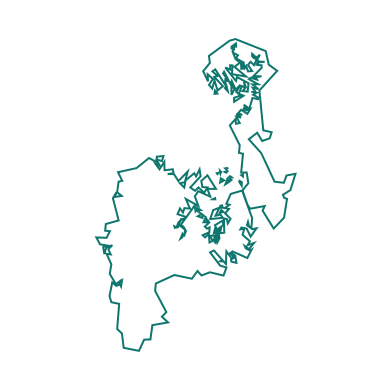 Colón, Colón, Panama, rotated 154°
{"feature_id": "35544464B72276923440034", "entity_name": "Colón", "entity_type": "district", "adm_level": 2, "iso_a3": "PAN", "parent_name": "Panama", "parent_adm1": "Colón", "projection": "mercator", "projection_center": [-79.891, 9.223], "detail": "fine", "context": "isolated", "style": "outline", "palette": "teal", "viewbox_px": 384, "rotation_deg": 154, "n_neighbors": 0, "source": "geoboundaries", "source_scale": "gbopen_adm2", "svg_char_len": 6089}
<svg xmlns="http://www.w3.org/2000/svg" viewBox="0 0 384 384"><g transform="rotate(154 192 192)"><path d="M200.3,103.1L194.2,109.0L199.0,113.5L202.2,129.8L197.9,129.8L193.1,112.4L187.1,123.6L185.5,115.1L182.9,115.1L184.5,120.3L181.6,120.8L171.2,108.4L163.7,114.1L165.5,113.9L168.4,117.8L168.3,120.4L165.7,115.7L158.6,119.0L165.3,119.8L161.5,122.4L165.3,131.3L161.1,136.1L164.9,137.2L163.2,138.4L158.9,135.1L158.9,126.2L149.9,131.1L154.0,132.1L157.2,138.0L154.8,140.6L155.8,136.1L154.2,133.9L149.4,142.2L146.3,171.3L158.0,173.3L166.3,166.3L163.9,164.1L169.6,163.2L166.2,160.6L171.6,158.2L169.1,151.1L173.6,148.1L172.5,152.5L174.9,154.2L180.8,141.3L184.9,142.7L181.8,146.7L185.3,145.8L187.6,138.3L191.3,135.6L190.7,137.5L193.2,136.1L193.6,138.0L188.3,139.2L188.1,141.0L192.3,138.4L193.7,138.8L190.6,142.8L195.1,144.7L194.8,139.0L198.4,139.0L195.2,146.9L200.1,145.5L201.3,148.5L194.1,148.2L191.7,152.5L194.6,152.5L195.6,155.3L189.8,157.0L191.0,162.4L191.7,158.0L194.9,159.8L190.6,163.1L192.6,167.2L194.0,164.1L197.5,167.7L193.0,168.1L195.8,173.0L192.1,171.9L194.3,175.5L194.7,174.4L197.3,173.1L195.5,178.7L215.6,167.8L210.3,171.0L213.6,171.8L215.7,171.2L217.8,170.2L218.2,168.8L217.0,167.2L217.9,169.0L217.6,169.9L216.8,170.6L214.4,171.4L217.7,169.3L214.9,164.6L214.5,159.6L217.9,156.4L218.3,156.3L218.5,156.6L218.8,158.3L220.6,155.5L222.8,155.1L218.9,158.5L217.9,156.5L214.7,161.1L218.4,168.6L218.4,167.8L220.1,166.5L223.2,167.4L222.9,168.9L221.4,167.0L217.4,170.7L213.1,172.1L214.8,172.7L210.1,171.3L208.4,172.3L214.7,178.4L210.0,182.5L209.1,177.5L205.9,180.8L201.1,178.0L200.6,188.5L192.4,176.7L191.4,186.8L186.0,190.0L177.6,179.8L176.8,188.1L169.1,184.3L170.8,200.2L178.8,197.9L180.5,191.9L176.0,189.3L181.4,186.0L184.2,193.3L188.7,191.7L191.6,196.8L177.4,202.3L175.3,209.0L181.5,204.2L181.8,207.9L192.7,205.2L197.0,199.4L199.0,205.2L194.2,203.9L186.9,212.3L199.4,207.8L200.4,216.0L206.0,218.8L200.3,217.0L199.3,220.8L207.1,223.6L203.7,231.2L211.3,226.7L212.4,233.2L209.5,229.7L209.6,237.7L210.6,234.2L215.7,241.4L231.4,237.8L249.8,242.2L249.8,232.6L253.4,233.5L259.4,224.6L256.9,219.3L263.5,221.4L259.9,225.0L265.8,221.1L270.4,198.6L283.5,201.0L287.0,195.3L282.9,192.7L288.9,188.3L297.9,193.1L297.6,185.3L291.9,181.2L296.0,181.4L298.0,174.6L293.5,179.7L286.9,179.1L292.3,177.3L292.4,171.5L295.9,173.9L296.2,162.4L301.8,154.5L300.8,142.5L296.7,143.3L298.4,141.8L295.6,143.1L293.8,143.6L293.4,143.6L297.2,138.2L297.2,140.5L301.2,140.8L303.3,145.7L311.8,134.6L312.8,128.3L306.5,123.4L319.3,101.7L317.0,95.5L321.7,81.9L309.3,72.5L299.7,80.3L294.0,77.7L286.0,89.7L270.7,85.3L273.7,93.1L267.7,95.3L268.5,119.3L264.6,125.6L244.2,125.1L230.1,114.1L221.7,118.6L220.0,112.8L211.1,112.0L200.3,103.1ZM64.0,286.4L86.0,310.5L92.0,311.5L117.1,306.9L119.4,300.1L129.0,295.7L129.1,284.5L126.3,290.9L123.6,284.5L129.8,280.8L128.5,276.1L122.9,282.3L124.5,272.0L117.9,273.6L121.5,285.7L118.0,285.1L120.8,291.4L117.3,292.0L115.0,272.2L113.3,277.5L110.6,275.7L112.2,279.2L110.4,280.0L111.5,281.5L112.1,285.1L110.4,286.1L110.1,268.4L108.8,267.7L109.6,269.4L108.8,273.2L107.6,274.4L107.9,264.8L101.4,267.2L108.3,262.4L106.0,257.4L112.9,258.2L114.6,254.6L103.5,255.9L106.9,259.8L100.7,265.3L98.6,262.8L97.0,268.3L97.7,262.5L102.3,260.6L98.0,257.8L93.5,265.0L101.2,275.6L103.8,272.5L107.5,289.3L104.0,285.3L102.1,289.2L100.1,288.0L104.4,280.4L92.8,272.1L99.0,285.9L92.2,287.2L94.6,292.7L94.0,300.6L91.8,301.8L93.5,303.8L92.7,305.3L87.4,306.3L88.6,303.3L92.5,305.3L93.3,303.8L91.0,303.6L91.7,301.7L93.7,300.6L93.9,299.1L90.8,294.8L93.8,292.9L89.8,287.0L91.2,287.0L93.7,281.0L92.3,280.6L90.0,285.5L88.9,285.6L90.3,280.2L88.1,281.5L88.8,275.8L85.0,274.4L85.9,281.8L82.2,283.3L80.7,278.8L75.8,282.7L78.1,286.1L78.4,287.9L77.3,289.8L75.3,284.5L70.8,285.6L75.3,282.6L75.0,280.0L69.6,277.2L76.2,279.7L77.8,278.3L76.9,278.1L76.3,279.2L76.0,279.3L75.9,279.3L77.1,277.2L73.9,275.4L75.0,273.1L86.0,269.2L78.8,265.5L87.6,268.3L84.3,266.9L84.2,264.4L89.2,268.9L91.4,268.4L85.2,259.8L90.5,262.2L87.2,255.4L91.8,259.1L91.0,254.0L94.7,256.0L90.4,252.9L94.4,252.6L91.1,247.9L92.1,246.5L96.4,250.0L103.9,241.8L107.1,247.7L106.4,242.6L108.3,244.7L109.2,243.9L107.5,241.6L103.1,241.1L108.0,238.0L111.8,244.4L115.7,242.7L113.1,239.3L118.1,242.6L115.3,237.4L119.2,240.3L118.9,233.1L122.5,234.0L120.9,238.5L128.8,235.3L128.6,213.1L132.6,206.6L129.4,204.0L139.3,187.9L134.3,185.6L137.5,175.2L145.9,171.3L147.7,156.3L147.1,151.5L132.8,147.5L136.7,144.3L134.6,123.3L120.5,128.6L109.6,144.2L111.7,146.4L111.5,149.6L102.7,150.6L91.0,163.0L99.8,165.4L105.4,160.0L113.3,165.1L112.7,196.6L117.8,214.5L107.4,216.7L106.6,207.1L98.7,206.2L94.2,210.8L100.9,216.2L86.9,253.7L62.3,263.6L67.2,272.7L64.0,286.4ZM187.5,159.7L175.6,155.3L176.6,160.6L174.1,162.8L178.1,159.5L181.2,160.4L174.2,165.9L180.9,166.4L187.5,159.7ZM186.2,147.2L178.7,148.5L176.4,152.9L185.9,152.1L186.2,147.2ZM205.5,232.9L201.9,236.8L208.2,239.2L209.2,236.6L205.5,232.9ZM183.1,108.8L181.5,114.5L186.5,114.3L187.2,112.2L183.1,108.8ZM113.9,262.0L108.0,266.4L110.7,268.8L113.9,262.0ZM158.6,184.3L153.7,184.9L154.5,188.0L158.6,184.3ZM162.6,188.2L158.0,188.4L160.1,191.6L162.6,188.2ZM190.4,145.4L186.6,145.5L187.4,148.9L190.4,145.4ZM152.8,194.4L150.1,195.4L153.8,195.7L152.8,194.4ZM153.0,188.9L149.9,187.7L150.9,189.6L153.0,188.9ZM116.9,271.2L115.7,266.9L114.5,271.9L116.9,271.2ZM144.6,175.8L142.9,179.0L144.4,181.2L145.1,180.5L144.6,175.8ZM128.7,270.3L126.0,269.4L126.9,273.1L128.7,270.3ZM173.2,165.3L171.2,164.6L172.8,166.6L173.2,165.3ZM176.4,176.3L174.3,175.2L174.0,176.4L176.4,176.3ZM188.9,143.9L189.6,141.8L187.0,143.5L188.9,143.9ZM140.3,185.5L139.4,183.6L138.5,185.3L140.3,185.5ZM153.1,186.1L150.6,185.0L152.1,186.6L153.1,186.1ZM151.4,197.6L148.9,197.8L151.8,198.7L151.4,197.6ZM174.7,160.8L172.5,160.3L173.4,162.8L174.7,160.8ZM157.5,198.8L158.3,196.0L157.0,197.2L157.5,198.8ZM172.0,166.6L169.9,166.5L171.7,167.0L172.0,166.6ZM182.1,117.9L181.7,115.4L181.1,115.9L182.1,117.9ZM161.3,196.9L159.6,197.7L161.5,198.0L161.3,196.9ZM182.6,118.7L183.4,119.4L182.8,118.3L182.6,118.7ZM196.2,117.5L197.0,117.4L196.2,116.9L196.2,117.5Z" fill="none" stroke="#0f766e" stroke-width="2"/></g></svg>